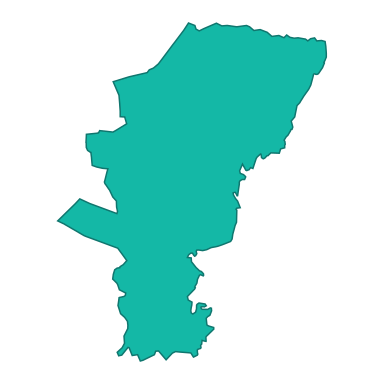 Gbi & Doru, Nimba, Liberia (Natural Earth projection)
{"feature_id": "62588387B4230579459991", "entity_name": "Gbi & Doru", "entity_type": "district", "adm_level": 2, "iso_a3": "LBR", "parent_name": "Liberia", "parent_adm1": "Nimba", "projection": "natural_earth1", "projection_center": [-8.931, 6.127], "detail": "fine", "context": "isolated", "style": "filled", "palette": "teal", "viewbox_px": 384, "rotation_deg": 0, "n_neighbors": 0, "source": "geoboundaries", "source_scale": "gbopen_adm2", "svg_char_len": 4733}
<svg xmlns="http://www.w3.org/2000/svg" viewBox="0 0 384 384"><path d="M325.1,41.5L321.5,40.5L316.8,40.9L314.6,37.9L310.6,38.7L307.8,40.9L305.5,39.1L298.1,37.8L294.2,38.2L289.9,37.3L286.7,35.0L284.0,37.7L282.5,37.1L278.9,35.5L271.9,36.4L267.2,32.3L262.0,30.3L260.2,29.6L253.9,30.5L249.6,26.8L246.5,25.5L236.7,26.8L227.4,25.5L226.9,25.5L221.8,25.9L218.2,24.1L216.4,23.2L203.9,28.6L199.2,30.9L196.0,29.1L194.9,25.5L188.5,23.0L188.2,23.5L183.6,30.5L181.4,33.4L174.7,42.3L172.9,44.6L161.6,59.7L158.4,63.9L153.4,68.1L149.3,69.8L147.2,72.6L146.9,72.7L129.6,76.7L128.5,77.0L113.2,81.7L114.2,84.1L119.0,95.3L119.7,103.8L120.2,111.2L120.2,116.1L120.2,116.7L124.7,117.0L124.9,117.7L126.6,123.6L126.7,123.8L116.1,130.3L112.9,132.1L112.3,132.0L104.2,131.1L100.2,130.7L99.7,130.6L98.8,132.5L98.4,132.5L98.0,133.1L86.4,134.3L86.3,136.8L86.0,142.6L86.2,142.8L86.3,147.5L87.6,150.4L90.0,152.0L90.6,152.5L90.9,152.5L91.4,156.6L91.5,157.3L91.6,158.9L92.2,165.4L96.7,167.0L102.5,168.3L107.9,168.8L107.0,171.9L104.6,181.5L104.4,181.9L104.7,183.0L105.1,183.8L105.2,184.0L106.0,185.0L108.7,189.0L109.5,190.0L112.8,197.0L115.5,200.0L116.3,200.8L116.4,201.4L116.6,207.2L116.9,208.5L117.5,211.3L117.5,211.5L116.9,213.6L95.9,205.8L89.7,203.5L80.0,199.0L79.8,198.9L75.2,203.8L67.3,211.5L57.7,220.9L60.2,222.1L63.5,223.7L63.9,223.8L64.6,224.2L64.6,224.3L84.2,235.7L84.5,235.8L85.9,236.4L117.3,248.0L117.7,248.1L122.4,254.5L126.8,260.6L123.2,264.7L120.0,266.7L119.8,267.7L117.1,268.1L114.7,269.8L113.3,274.4L112.7,279.1L113.4,279.7L116.8,283.1L117.7,284.7L119.4,289.8L121.4,290.8L124.9,292.6L125.7,293.0L125.3,295.5L124.1,296.4L121.3,297.1L119.7,297.4L119.1,297.6L118.7,300.7L118.0,305.5L120.6,313.7L124.7,317.4L127.5,321.4L127.7,323.8L127.9,325.0L127.8,327.6L127.8,328.5L124.0,336.1L124.5,343.3L122.1,347.8L117.2,352.3L118.7,355.8L121.8,355.1L128.0,347.4L128.5,347.5L129.1,347.7L131.4,353.5L132.2,355.5L137.4,354.7L137.6,354.7L140.3,361.0L142.9,360.3L154.4,354.7L154.9,353.4L155.7,351.2L158.6,351.0L166.1,359.8L170.7,354.9L172.4,353.1L175.5,351.6L179.4,352.0L189.4,352.8L190.8,353.0L191.2,353.5L193.4,357.0L193.5,357.1L195.7,356.0L197.4,355.1L197.8,354.1L197.4,352.4L197.3,350.0L197.5,349.8L197.9,349.3L200.2,348.5L200.4,348.5L201.0,347.8L200.9,347.0L200.6,345.4L201.8,343.9L201.7,343.3L202.1,340.4L204.2,341.0L206.0,341.4L206.1,341.2L205.9,337.4L205.9,337.2L206.3,336.4L213.8,329.1L213.7,327.9L213.7,327.5L208.4,325.9L206.9,324.9L206.2,318.3L207.7,316.6L209.9,315.3L211.6,310.8L211.4,308.6L211.4,308.2L210.3,307.9L207.7,309.4L202.2,309.3L201.3,308.7L200.9,307.2L201.3,306.8L203.9,306.8L204.1,306.8L204.3,306.9L206.3,305.8L205.1,304.0L199.0,303.0L197.2,304.2L196.6,305.1L196.5,308.9L195.6,312.1L195.4,312.3L193.0,313.9L192.5,313.9L191.2,312.9L190.8,310.7L191.2,307.8L191.7,305.5L191.8,305.1L192.0,302.1L190.0,301.0L188.2,300.0L187.4,296.5L191.4,292.4L193.5,290.2L194.6,289.1L195.3,287.7L194.7,287.2L195.2,286.0L196.9,283.1L197.5,279.3L198.8,276.6L199.4,275.3L200.6,274.7L202.4,275.5L203.2,275.9L203.6,275.4L203.5,274.2L203.5,273.9L202.3,272.4L201.0,271.3L199.6,270.9L196.9,268.3L196.2,267.7L193.6,264.4L191.5,261.8L191.4,260.7L191.2,257.9L187.4,257.5L188.5,255.0L189.6,254.0L190.9,253.1L192.5,253.2L193.7,255.2L194.6,256.2L195.6,255.7L196.8,253.7L196.6,253.1L196.2,251.2L196.8,250.1L198.6,250.0L202.7,250.6L206.6,249.7L207.1,249.5L208.8,248.7L210.9,247.7L212.6,247.3L215.0,246.9L217.7,246.3L218.9,245.9L222.1,244.8L224.2,244.0L230.5,241.5L230.7,241.3L231.1,240.7L232.1,239.0L232.8,234.1L234.3,228.6L235.1,225.5L236.5,222.3L236.8,210.2L236.6,209.9L236.0,209.3L236.6,208.3L236.8,208.2L239.5,207.8L240.2,207.7L237.6,201.1L235.5,198.5L233.5,195.0L233.1,192.9L233.3,192.8L234.9,192.3L235.4,192.4L237.1,195.8L237.6,195.7L238.7,188.2L239.3,184.2L239.3,182.1L239.8,181.0L242.1,179.5L244.4,179.5L244.6,179.5L245.7,176.9L245.4,176.4L243.5,174.6L240.3,173.4L239.7,171.2L239.6,170.8L242.5,164.1L243.1,165.3L244.7,168.1L245.8,170.2L246.8,170.6L247.4,170.3L249.1,169.7L250.6,167.6L251.6,168.0L252.9,168.5L256.1,158.8L256.2,158.5L257.2,157.0L260.5,154.0L261.0,154.2L261.4,156.5L261.5,157.6L263.2,158.8L263.8,158.6L265.0,157.9L266.9,155.8L268.1,155.6L269.0,154.6L270.9,152.9L279.3,153.2L280.1,150.6L280.6,148.9L284.7,147.8L284.7,145.3L285.2,144.4L285.2,144.1L284.9,141.5L284.7,141.2L284.1,140.2L286.3,136.7L287.8,135.4L290.4,131.0L291.0,129.5L292.0,129.4L292.8,127.1L292.1,124.4L291.2,121.0L291.6,120.6L293.0,119.0L294.4,117.3L294.7,117.0L297.0,105.6L299.7,102.8L301.1,100.4L301.6,99.7L303.6,96.4L308.7,89.2L310.8,85.0L312.8,77.5L313.2,75.9L313.5,74.4L314.1,73.9L314.9,73.9L315.6,74.3L316.2,74.4L317.2,74.3L318.4,73.7L318.9,73.0L322.5,67.7L324.4,63.0L323.9,62.4L324.8,60.8L326.3,57.1L326.3,53.2L325.8,46.3L325.1,41.5Z" fill="#14b8a6" stroke="#0f766e" stroke-width="1.5"/></svg>